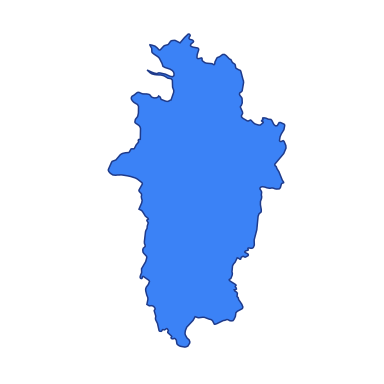 outline of Ivanovo, rotated 284°
{"feature_id": "RUS-2355", "entity_name": "Ivanovo", "entity_type": "Region", "adm_level": 1, "iso_a3": "RUS", "parent_name": "Russia", "parent_adm1": "", "projection": "orthographic", "projection_center": [41.756, 57.059], "detail": "fine", "context": "isolated", "style": "filled", "palette": "blue", "viewbox_px": 384, "rotation_deg": 284, "n_neighbors": 0, "source": "natural_earth", "source_scale": "10m", "svg_char_len": 6066}
<svg xmlns="http://www.w3.org/2000/svg" viewBox="0 0 384 384"><g transform="rotate(284 192 192)"><path d="M193.6,105.4L201.2,106.7L202.4,107.1L204.7,110.4L210.8,113.4L211.9,114.4L212.7,115.4L214.0,118.0L215.0,121.0L215.6,121.5L218.9,122.4L219.3,123.0L219.8,125.1L220.2,125.5L224.4,126.5L227.0,127.8L227.8,128.0L228.9,127.4L229.8,127.4L230.2,127.8L230.4,128.9L230.6,129.1L241.1,126.7L242.2,126.1L243.1,125.3L243.8,124.3L245.0,121.0L245.6,119.9L246.3,119.6L248.8,119.5L251.9,120.9L252.7,121.0L255.6,120.9L262.1,119.4L263.7,118.0L264.5,115.2L264.9,114.0L265.9,112.3L267.1,111.0L267.9,110.5L269.2,110.3L270.4,110.7L272.2,112.5L274.9,114.5L275.5,115.2L275.8,116.1L275.8,116.9L275.4,119.0L275.3,120.5L276.2,124.5L276.3,126.8L275.8,128.0L274.6,129.4L274.3,130.1L274.2,131.0L274.1,132.4L274.7,134.4L275.3,135.4L276.2,136.2L277.1,136.4L276.4,138.2L274.4,139.6L273.8,144.3L273.8,145.3L274.1,146.8L276.0,148.9L276.2,149.4L284.3,150.1L286.2,149.7L289.0,147.8L295.7,145.9L296.7,144.7L296.8,143.6L296.6,141.1L297.8,137.3L298.0,136.0L298.0,133.6L297.2,129.6L296.9,127.4L296.9,124.6L297.5,122.6L299.5,118.9L298.6,123.7L298.3,126.1L298.3,128.8L298.5,129.4L299.5,130.8L299.8,132.2L299.9,137.8L299.0,142.6L299.1,145.2L300.5,146.3L302.3,146.0L303.9,145.1L305.1,143.5L305.9,141.0L306.3,135.6L306.9,133.4L309.4,131.9L313.9,128.0L315.0,126.2L316.6,121.7L317.6,119.7L318.2,119.2L321.7,118.1L324.2,115.7L324.7,115.6L324.8,117.8L324.6,120.8L323.6,123.0L322.0,125.5L321.9,126.1L322.2,126.8L326.8,129.3L327.6,130.2L329.1,132.9L329.7,133.4L333.2,134.8L334.0,135.8L334.9,138.2L335.0,139.1L333.8,144.3L340.1,147.4L344.3,150.1L344.5,150.7L344.5,151.4L343.7,152.3L343.1,152.4L341.4,151.8L340.2,152.0L339.8,152.5L339.6,153.2L339.6,155.2L339.4,156.0L338.9,156.8L338.4,157.1L337.8,157.0L335.3,155.2L334.1,155.0L333.5,155.2L333.1,156.1L332.8,157.6L333.1,162.6L332.9,163.3L332.3,163.9L331.6,164.1L326.7,163.8L323.9,164.2L323.3,164.5L322.9,165.0L322.9,165.7L323.3,166.7L324.3,168.5L324.4,169.0L324.1,169.4L322.2,170.0L321.8,170.4L320.6,173.2L320.5,174.9L321.3,179.9L321.3,180.6L320.8,182.5L321.8,183.1L323.7,182.8L327.9,183.7L328.6,184.1L330.0,186.1L332.8,188.4L333.2,189.6L333.3,190.3L332.6,192.2L330.1,196.2L329.9,197.7L328.0,199.3L327.3,200.2L326.4,202.6L325.8,203.2L323.0,204.4L322.6,205.3L322.1,206.8L321.6,209.6L320.7,210.3L313.2,214.4L312.4,215.0L310.6,215.6L302.3,216.2L301.1,215.6L299.8,214.4L298.5,214.3L297.4,215.0L295.6,217.4L294.7,218.0L290.6,219.2L287.9,218.9L287.1,218.4L286.5,218.3L285.9,218.5L281.9,221.6L280.6,222.1L277.9,221.5L276.7,222.0L275.8,223.6L274.4,228.3L274.4,229.3L276.0,231.3L275.9,231.9L274.2,234.6L273.4,236.3L273.2,237.8L273.1,240.4L273.4,241.9L274.0,242.5L276.5,244.3L277.0,244.3L277.2,243.8L277.6,242.6L277.8,242.3L278.7,242.6L279.2,243.3L280.0,243.2L280.6,242.7L280.9,242.7L281.3,243.6L281.5,244.9L281.5,246.3L281.1,248.4L281.5,251.0L280.7,252.2L277.4,255.0L276.6,256.4L276.4,257.4L277.1,258.7L280.4,259.7L280.8,260.7L280.8,261.4L280.1,265.0L279.6,265.6L278.8,265.9L274.7,266.1L270.0,264.6L267.0,264.1L263.2,264.4L262.7,264.7L262.4,265.2L262.4,266.0L262.8,266.6L263.9,268.0L263.4,269.1L259.8,271.8L257.3,272.6L251.5,271.7L239.0,265.6L237.6,266.2L237.4,266.9L237.0,267.6L235.3,268.7L232.7,271.4L225.4,276.7L223.6,278.6L223.1,278.6L222.2,277.2L221.4,276.8L217.8,276.7L216.7,276.3L216.1,275.8L215.3,273.2L215.2,271.7L215.4,270.1L215.3,268.6L214.4,266.6L214.2,263.8L214.4,261.4L214.2,259.0L213.6,257.9L212.7,257.1L211.5,257.1L209.8,258.8L208.8,259.6L205.9,260.0L204.2,260.8L202.6,261.0L199.4,260.7L196.1,261.5L191.8,263.4L190.4,263.8L189.3,263.9L187.0,262.3L184.4,262.0L171.1,264.0L160.6,263.9L155.6,265.3L153.4,265.0L152.3,264.4L151.6,262.9L151.6,261.6L151.4,260.5L151.0,259.9L150.5,259.9L149.4,260.6L149.0,260.4L148.0,258.6L147.2,257.8L146.6,257.7L146.2,258.0L145.7,260.2L145.2,261.6L144.5,261.9L143.8,261.8L141.8,259.7L141.6,259.1L142.0,257.1L140.6,255.6L138.6,255.4L138.4,255.0L138.4,254.5L138.9,253.4L139.1,251.8L134.3,250.8L132.4,249.8L130.2,249.2L124.2,250.1L123.0,250.8L121.3,251.1L117.8,250.7L117.3,250.5L116.1,249.3L115.7,249.3L115.3,249.7L114.7,250.8L113.0,256.0L112.3,257.3L110.8,256.8L110.4,257.0L109.5,258.2L108.6,258.6L108.0,258.1L107.3,256.6L106.3,257.5L105.6,259.5L104.8,260.5L101.4,261.0L100.8,262.3L98.9,263.3L95.1,267.5L92.7,269.2L91.2,269.1L90.5,268.5L87.2,264.8L85.5,263.8L81.7,264.2L78.7,263.6L77.1,262.9L76.6,261.8L76.3,260.3L76.3,259.6L76.8,258.1L76.7,256.7L75.5,255.0L74.8,253.4L70.3,248.0L69.4,246.6L69.1,245.7L71.9,243.2L72.4,242.4L72.8,241.6L72.8,239.3L73.4,234.4L73.1,232.8L71.6,229.0L71.5,228.1L71.8,225.2L67.7,224.1L59.6,219.6L55.9,219.1L53.2,219.4L51.7,220.1L49.2,222.4L47.8,225.0L46.0,226.2L44.8,226.3L41.4,225.2L40.2,223.5L39.8,222.5L39.5,218.4L39.6,217.2L39.9,216.2L40.4,214.9L41.0,214.1L44.5,212.6L45.5,211.3L45.7,210.7L45.7,210.2L44.9,209.1L44.7,208.3L45.0,207.3L45.6,206.9L46.8,207.3L47.3,206.9L49.7,202.5L50.5,202.3L51.9,202.6L53.3,201.1L53.4,200.6L53.2,200.2L51.6,198.8L51.5,198.0L51.5,197.0L51.3,196.7L49.6,196.1L49.3,195.7L49.1,194.4L49.3,193.9L49.5,193.6L56.1,190.3L59.3,187.6L60.5,187.1L62.8,186.9L67.5,184.1L68.0,184.0L69.1,184.5L69.8,184.5L70.7,183.8L71.4,183.0L72.0,181.4L71.9,180.0L71.2,178.1L72.0,175.4L77.0,175.2L78.8,174.7L81.1,173.0L84.7,171.1L86.1,170.6L87.2,170.5L88.7,170.7L91.8,172.0L94.9,172.4L95.9,171.5L98.3,165.2L98.2,164.7L97.9,164.4L96.8,164.5L96.2,164.4L95.8,164.1L95.8,163.0L96.3,162.5L97.0,162.2L98.5,162.2L101.6,162.6L105.3,161.6L113.2,163.9L117.4,164.0L118.6,163.5L120.8,160.1L121.8,159.0L124.0,158.2L125.6,158.3L127.7,159.7L129.1,159.4L130.6,158.3L132.2,157.8L142.3,156.5L143.7,156.6L145.8,157.2L148.1,156.8L151.5,157.0L152.9,155.5L153.7,155.0L154.2,155.3L155.1,156.2L155.5,156.0L155.9,155.6L157.3,152.6L160.6,149.2L161.8,147.7L162.5,144.7L169.3,145.8L172.1,145.6L173.2,144.8L175.2,143.9L176.5,143.9L178.0,143.4L179.7,140.8L180.4,140.2L181.1,140.1L187.8,141.9L188.9,141.3L191.3,136.0L191.9,133.7L192.2,128.7L192.1,125.6L191.6,119.8L191.4,118.7L191.1,118.0L190.4,115.3L189.8,113.9L189.4,111.1L190.4,108.2L191.7,106.4L192.7,105.6L193.6,105.4Z" fill="#3b82f6" stroke="#1e3a8a" stroke-width="1.5"/></g></svg>